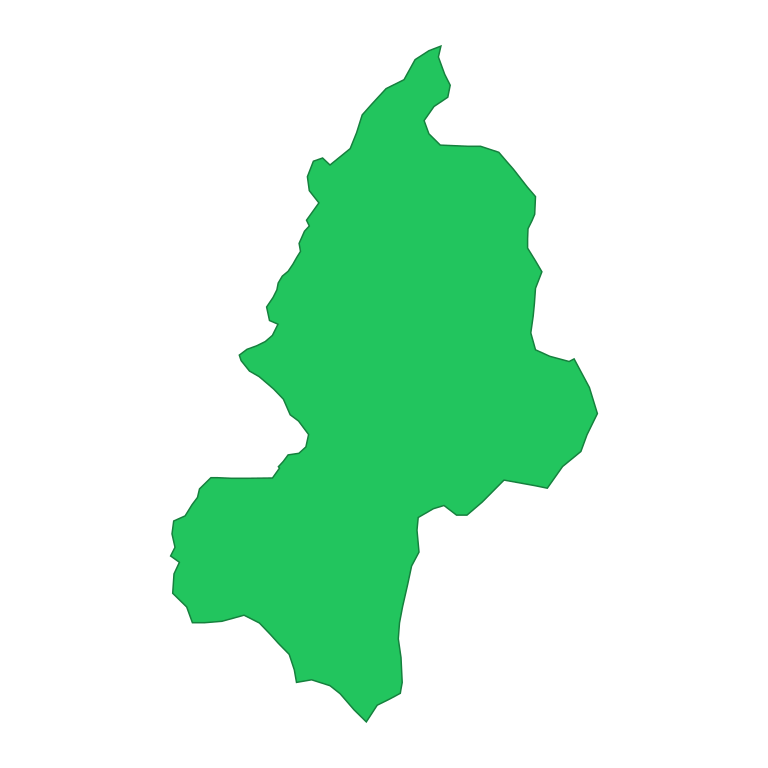 the district of Vouni, Limassol, Cyprus
{"feature_id": "46923920B50691458712838", "entity_name": "Vouni", "entity_type": "district", "adm_level": 2, "iso_a3": "CYP", "parent_name": "Cyprus", "parent_adm1": "Limassol", "projection": "natural_earth1", "projection_center": [32.825, 34.816], "detail": "fine", "context": "isolated", "style": "filled", "palette": "green", "viewbox_px": 768, "rotation_deg": 0, "n_neighbors": 0, "source": "geoboundaries", "source_scale": "gbopen_adm2", "svg_char_len": 1815}
<svg xmlns="http://www.w3.org/2000/svg" viewBox="0 0 768 768"><path d="M306.5,220.2L309.3,226.0L304.5,231.2L299.1,243.4L300.5,251.4L296.7,257.5L292.9,264.2L288.1,271.3L282.3,276.1L278.2,283.0L276.9,289.8L273.1,297.4L266.6,307.0L269.5,320.5L278.0,324.2L272.4,335.4L265.2,341.6L256.4,345.9L247.0,349.3L239.3,355.1L241.1,360.6L249.5,371.1L259.1,376.6L273.5,388.9L283.4,399.2L290.2,414.8L298.5,421.0L308.6,434.5L305.9,446.9L298.9,453.3L288.1,454.9L283.2,461.5L278.4,466.7L279.5,468.1L272.5,478.0L247.0,478.3L231.6,478.3L217.6,477.7L210.9,477.7L199.5,488.9L197.5,497.4L192.1,504.6L185.1,515.9L173.7,521.0L172.0,533.9L175.0,547.3L170.6,556.0L179.4,562.3L174.0,573.9L172.7,593.3L186.7,607.0L192.4,622.7L204.8,622.7L221.9,621.3L244.0,615.2L259.4,623.0L270.5,634.6L278.5,643.5L289.2,654.4L294.3,669.8L296.5,682.4L311.6,679.8L330.0,685.7L340.1,693.7L354.2,710.0L366.3,721.9L377.2,705.2L390.1,698.8L400.3,693.3L400.9,689.6L402.2,682.5L401.0,657.5L400.8,656.2L398.3,638.8L399.5,622.9L402.6,606.6L407.7,584.3L411.6,566.0L419.0,552.1L417.0,530.2L418.2,517.5L433.4,508.7L444.0,505.5L456.5,515.1L467.0,515.1L482.3,502.0L504.0,480.1L535.1,485.7L547.3,488.2L562.6,466.5L580.9,451.5L587.0,434.8L594.2,420.1L597.4,413.6L589.4,387.5L574.1,358.9L569.1,361.5L549.8,356.3L535.5,349.8L530.8,332.9L533.2,316.0L534.4,303.6L535.5,288.3L541.9,271.8L535.5,260.9L527.6,248.1L527.6,238.8L528.0,228.7L532.0,220.7L534.7,214.3L535.5,196.6L527.2,186.9L513.4,169.2L507.1,162.0L498.8,152.3L480.6,146.3L468.4,146.3L440.3,145.1L428.9,133.8L424.1,120.6L434.0,106.5L447.8,97.2L450.2,85.2L444.7,74.3L438.4,57.0L440.9,46.1L428.9,50.7L415.1,59.6L404.0,79.7L386.1,88.6L371.8,104.1L362.2,114.9L356.6,132.7L350.2,148.6L330.0,165.0L322.6,158.0L313.4,161.2L307.4,176.7L309.3,190.7L318.9,202.9L306.5,220.2Z" fill="#22c55e" stroke="#15803d" stroke-width="1.5"/></svg>